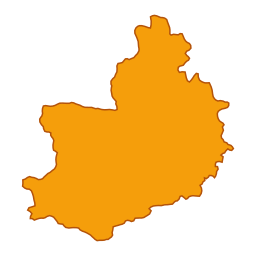 Carrancas, Minas Gerais, Brazil (Robinson projection)
{"feature_id": "56859067B6726149469872", "entity_name": "Carrancas", "entity_type": "district", "adm_level": 2, "iso_a3": "BRA", "parent_name": "Brazil", "parent_adm1": "Minas Gerais", "projection": "robinson", "projection_center": [-44.612, -21.476], "detail": "fine", "context": "isolated", "style": "filled", "palette": "amber", "viewbox_px": 256, "rotation_deg": 0, "n_neighbors": 0, "source": "geoboundaries", "source_scale": "gbopen_adm2", "svg_char_len": 4299}
<svg xmlns="http://www.w3.org/2000/svg" viewBox="0 0 256 256"><path d="M209.3,82.8L206.8,82.9L205.1,82.9L203.4,82.4L201.6,81.6L199.6,80.2L198.3,77.1L198.1,73.8L196.3,73.4L194.3,75.6L192.8,78.0L191.1,80.3L189.4,82.0L187.4,80.7L186.3,77.8L185.7,75.0L185.1,72.0L182.0,71.8L179.4,72.4L177.9,70.0L178.3,67.3L179.9,66.1L181.6,65.7L183.3,65.2L185.0,62.9L186.7,61.2L188.5,60.2L189.5,58.3L188.2,56.6L186.8,55.5L185.3,53.4L186.7,51.2L189.0,50.2L190.9,48.2L190.7,45.4L189.4,43.5L187.2,42.4L185.7,41.1L184.3,39.0L183.2,36.3L182.1,33.8L180.1,33.6L178.3,34.8L176.1,34.6L173.5,34.3L171.1,35.1L169.8,33.9L169.9,32.0L169.9,29.8L169.6,27.6L168.6,24.9L167.6,22.2L166.7,19.5L164.7,18.1L162.6,17.6L160.6,17.5L158.9,16.8L156.8,15.9L154.4,15.4L152.4,15.8L150.5,16.8L150.8,18.9L151.2,20.9L151.1,24.9L150.4,28.0L148.5,27.7L146.8,27.1L144.8,26.4L141.8,25.7L139.3,25.7L137.6,26.4L135.9,28.0L134.8,30.5L134.9,33.3L135.9,35.5L137.1,38.3L138.2,41.5L138.4,44.2L138.6,46.6L139.0,48.6L139.0,50.7L137.5,53.6L135.7,55.4L133.9,57.6L131.4,58.6L129.1,59.6L127.2,58.7L125.4,58.9L124.0,60.6L122.4,62.5L120.2,63.1L118.0,63.5L116.9,66.0L117.1,68.8L116.9,71.9L115.6,74.4L114.6,77.1L112.7,78.8L111.0,81.2L111.0,84.1L111.8,85.8L111.4,87.7L111.1,90.3L111.6,93.0L112.1,96.0L113.2,98.0L114.7,99.7L116.2,101.5L115.8,103.9L116.9,106.4L117.1,109.5L115.0,110.4L112.5,109.9L109.5,109.5L106.9,109.7L104.5,109.8L101.7,109.5L99.8,109.0L97.9,108.4L95.7,108.7L93.7,108.1L91.7,107.4L88.4,107.4L84.8,107.3L82.3,106.5L80.1,105.3L77.4,104.4L75.6,103.8L73.8,102.9L71.5,102.5L69.4,103.3L66.4,103.3L64.3,103.2L62.2,103.1L59.7,103.2L57.2,104.3L55.1,105.4L52.7,106.1L50.3,106.3L48.1,106.0L45.6,105.6L43.4,106.0L42.5,108.6L42.3,111.1L42.6,113.5L41.9,115.9L40.8,117.3L39.7,119.1L39.9,122.0L41.5,124.7L43.3,126.6L43.6,128.7L44.8,131.3L47.1,132.0L48.8,132.0L50.8,132.9L50.7,135.2L51.6,136.8L53.0,138.5L53.8,140.6L53.4,142.7L53.0,145.0L53.1,147.9L53.6,150.2L55.3,151.1L57.3,152.7L56.6,155.1L56.1,157.2L55.9,159.6L56.1,161.9L56.5,164.5L55.8,166.7L54.5,168.9L52.2,170.6L50.1,172.4L47.9,173.5L46.2,175.1L44.1,177.0L42.6,178.7L40.7,179.4L38.3,179.6L36.4,178.5L34.0,177.6L31.7,177.3L29.6,176.6L27.4,177.5L25.4,179.0L22.8,179.9L22.9,181.9L22.9,183.8L22.6,186.2L24.7,188.0L26.8,189.0L29.4,189.2L31.4,190.8L32.5,193.5L33.4,196.4L34.0,199.9L34.8,202.9L35.0,205.8L33.0,206.5L30.8,207.2L29.0,207.7L27.7,210.1L30.2,211.6L31.9,213.7L30.5,216.5L30.3,218.6L32.3,218.6L34.3,220.1L36.9,219.1L39.1,218.4L41.1,218.1L43.4,218.2L45.1,217.7L46.9,216.5L49.5,215.6L51.7,216.2L53.7,217.2L55.7,219.7L57.2,221.6L58.2,223.5L60.1,223.9L62.8,224.2L63.9,225.7L65.7,227.4L68.8,228.0L71.6,227.7L73.8,227.6L76.8,227.7L78.7,228.1L80.0,229.8L82.3,231.1L84.6,231.9L87.0,233.0L90.5,235.0L92.3,236.8L93.7,238.0L95.0,239.3L97.1,240.6L99.6,240.3L102.3,240.3L104.4,240.1L106.4,239.4L108.1,239.4L109.7,238.2L111.5,236.9L112.6,235.1L112.1,232.6L112.7,230.3L113.2,226.8L116.0,225.9L118.0,225.4L120.1,224.7L122.2,224.2L124.3,223.1L125.5,220.9L127.6,220.3L129.7,220.7L131.4,221.5L133.7,220.8L135.1,218.2L137.2,218.1L139.3,218.0L141.6,218.0L143.9,217.5L145.5,216.5L147.4,215.4L149.6,213.9L151.1,210.8L149.1,208.7L150.8,207.1L153.3,206.0L155.7,205.7L158.2,205.5L161.4,205.6L164.7,204.8L167.5,204.7L169.8,204.4L172.5,204.1L174.1,202.3L175.5,201.1L177.2,200.9L179.0,199.2L180.1,196.4L181.9,195.9L184.0,197.5L185.9,199.2L187.5,198.5L189.0,196.7L191.1,196.0L192.8,195.7L195.2,195.9L197.7,196.1L199.5,196.2L201.2,193.5L201.8,190.8L201.4,188.0L200.0,185.3L202.0,184.1L203.1,181.7L204.8,180.6L204.5,177.9L206.3,178.7L208.4,177.1L209.3,175.5L211.2,175.5L213.0,176.1L214.5,177.7L215.6,176.1L216.4,173.7L216.6,171.5L218.1,169.1L217.5,166.6L215.4,166.5L215.4,164.1L216.0,162.3L217.7,161.6L219.5,161.5L222.1,162.2L222.6,159.5L223.1,156.8L220.9,155.1L222.9,153.4L224.6,152.9L225.8,150.9L227.8,148.9L229.7,150.1L231.7,150.4L233.4,148.6L232.4,146.9L230.9,145.4L227.9,144.4L226.8,142.8L224.1,141.9L223.1,139.6L221.6,138.1L221.1,135.7L222.1,133.4L223.4,130.3L222.4,126.9L224.0,124.8L223.0,123.2L221.3,122.2L219.5,120.9L218.2,118.7L217.5,116.3L217.3,113.5L218.2,111.4L219.8,110.1L221.9,109.0L225.1,108.3L227.5,107.4L228.7,105.6L228.8,103.1L227.3,102.1L225.1,102.1L223.1,101.1L220.2,100.6L217.9,101.0L215.8,100.0L214.5,98.8L213.2,96.7L212.6,93.9L212.1,90.1L211.2,87.0L209.3,82.8Z" fill="#f59e0b" stroke="#b45309" stroke-width="1.5"/></svg>